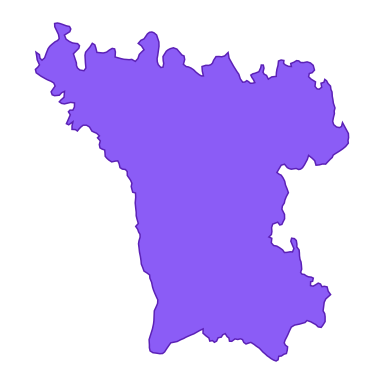 Jaquirana, Rio Grande do Sul, Brazil
{"feature_id": "56859067B17616703483984", "entity_name": "Jaquirana", "entity_type": "district", "adm_level": 2, "iso_a3": "BRA", "parent_name": "Brazil", "parent_adm1": "Rio Grande do Sul", "projection": "equal_earth", "projection_center": [-50.364, -28.959], "detail": "fine", "context": "isolated", "style": "filled", "palette": "violet", "viewbox_px": 384, "rotation_deg": 0, "n_neighbors": 0, "source": "geoboundaries", "source_scale": "gbopen_adm2", "svg_char_len": 5739}
<svg xmlns="http://www.w3.org/2000/svg" viewBox="0 0 384 384"><path d="M36.0,52.2L36.7,56.1L37.2,59.8L39.5,64.9L37.8,67.2L35.4,69.4L36.2,72.8L41.0,76.2L46.3,79.2L48.4,80.2L50.9,81.2L53.8,83.0L55.1,86.1L53.3,88.6L51.1,91.8L52.2,94.8L54.6,95.7L59.4,95.2L61.7,92.7L64.5,91.4L64.0,97.3L61.2,99.7L59.3,101.8L61.6,103.4L64.4,103.9L70.6,102.4L74.5,102.9L74.4,107.1L72.8,110.2L70.0,110.1L68.4,111.8L70.3,114.8L67.8,120.6L66.4,123.7L68.7,124.8L72.9,121.8L72.0,126.0L72.0,129.4L75.4,129.6L77.4,131.0L78.9,129.1L81.0,126.9L83.2,125.2L86.5,125.2L89.5,127.0L91.9,131.1L93.9,132.1L96.7,133.3L99.4,135.9L97.5,137.8L100.3,140.9L99.3,144.6L100.0,147.9L102.1,149.1L104.7,150.0L105.0,153.0L105.2,156.3L106.9,158.3L108.8,160.0L111.7,161.9L115.3,161.1L117.8,160.9L119.1,163.6L120.0,167.6L122.3,169.1L125.4,169.5L127.2,171.5L127.3,175.5L130.5,180.1L131.9,183.3L131.2,186.5L131.9,189.3L132.7,192.2L135.5,193.0L135.7,197.4L135.2,202.9L135.7,208.0L136.2,212.3L136.2,215.8L136.9,218.7L138.3,223.5L135.7,226.4L137.7,229.3L138.6,232.0L140.0,234.3L140.1,237.1L139.0,240.8L138.5,243.8L139.0,247.5L139.5,252.1L140.4,256.6L141.0,260.6L141.3,264.1L142.5,267.0L144.0,271.1L147.0,273.0L149.6,274.9L149.9,278.2L151.6,282.3L152.6,287.2L153.5,290.0L154.7,293.0L156.5,297.1L157.8,299.8L157.6,303.4L156.6,305.8L154.3,310.8L153.9,320.8L153.5,324.0L152.4,329.1L150.0,336.7L149.1,339.6L149.4,344.9L149.4,347.8L150.1,350.9L152.9,352.7L156.2,353.1L159.8,353.7L162.6,353.5L164.6,351.9L166.8,348.5L169.0,345.3L170.8,342.8L173.9,342.2L177.2,341.5L180.7,339.7L183.8,338.4L185.7,337.3L187.9,336.3L191.1,334.9L193.9,333.8L196.0,332.6L199.5,330.6L203.1,328.9L203.0,333.2L205.9,335.8L208.9,338.0L209.8,341.1L212.5,340.6L214.4,342.3L216.6,341.1L218.1,337.8L221.3,337.1L222.7,334.8L225.2,333.6L227.1,336.6L228.9,338.0L229.5,341.2L231.8,341.3L235.0,338.9L237.8,339.5L240.4,338.8L242.5,339.6L243.8,342.4L246.0,344.0L248.7,343.0L250.9,342.4L254.1,344.4L256.1,346.0L259.4,348.2L262.9,352.0L265.5,354.2L267.2,355.8L269.1,357.1L271.2,358.7L273.7,360.1L276.1,361.0L278.1,359.8L278.7,356.3L281.4,356.0L284.0,354.2L286.4,353.5L287.3,350.0L287.6,346.8L285.4,345.2L284.2,342.9L285.0,340.3L286.5,337.4L288.0,334.3L289.5,330.8L291.3,327.1L294.6,325.1L299.5,324.1L305.1,322.5L307.0,320.5L310.8,321.8L313.6,323.4L315.7,324.5L318.2,326.9L321.2,327.4L323.0,325.0L325.1,321.6L325.1,316.7L324.7,313.7L323.1,310.9L323.7,306.2L324.2,302.3L325.8,298.9L328.3,296.7L330.6,294.6L328.2,291.2L327.1,286.9L324.4,286.3L321.9,286.7L320.5,284.0L318.2,283.1L315.6,284.8L313.1,286.2L310.5,285.6L310.6,281.8L312.6,281.3L313.3,278.1L311.2,277.1L308.4,276.8L306.2,275.8L304.2,274.4L302.1,274.2L300.6,272.4L301.7,269.2L301.4,265.1L301.0,261.9L300.0,259.4L299.5,255.9L299.4,252.9L299.1,250.0L296.8,246.9L296.9,244.2L296.3,240.5L294.4,238.6L291.6,238.2L290.8,241.2L292.2,244.6L293.9,248.5L292.5,251.9L290.2,251.8L286.8,252.4L284.4,252.5L282.6,249.9L279.7,247.8L276.8,246.1L273.6,245.5L271.3,242.8L271.8,238.3L268.9,237.0L271.4,234.5L271.9,231.5L271.6,227.6L272.7,224.1L277.7,222.2L279.8,225.0L281.9,224.4L283.0,222.0L284.6,218.8L284.5,214.4L283.0,211.4L281.9,209.2L282.4,206.0L284.3,203.0L284.9,200.1L286.3,196.6L288.4,192.7L287.0,188.7L285.5,185.1L284.7,181.2L283.1,178.0L281.2,175.2L279.3,174.3L276.9,172.5L278.8,169.2L281.2,165.2L284.5,164.2L287.3,167.6L289.1,168.6L291.3,169.2L293.8,168.8L296.2,168.5L298.7,169.5L300.6,169.1L302.5,167.7L304.5,164.7L306.0,161.9L307.3,159.5L308.6,155.4L312.1,158.2L314.7,160.7L316.0,165.2L319.2,164.9L322.6,164.0L325.7,164.1L328.3,161.3L330.3,159.2L332.2,157.5L333.2,155.1L335.1,153.8L338.2,151.9L340.5,150.4L342.8,148.8L345.6,146.5L348.3,143.2L348.0,140.5L348.6,137.7L348.4,133.5L342.5,122.6L341.5,126.5L339.5,127.6L336.5,127.0L333.7,124.6L332.7,121.4L333.5,117.2L334.4,113.7L334.2,111.0L335.0,108.0L333.4,103.2L332.9,99.7L332.3,96.4L332.0,91.9L330.9,89.4L330.5,86.1L328.0,83.5L326.6,80.8L324.8,79.4L323.9,82.3L321.0,83.2L321.7,87.2L319.2,89.2L317.1,88.9L315.0,86.4L315.5,81.8L311.2,79.2L308.6,76.7L309.3,73.5L312.2,72.7L314.5,70.1L313.2,65.3L310.4,62.9L307.1,61.9L303.6,62.6L300.6,62.5L298.8,60.9L296.6,60.6L294.0,62.2L290.7,63.5L291.4,66.5L288.4,66.3L285.3,64.9L283.6,63.4L283.9,60.5L281.1,60.0L278.5,61.0L278.0,65.4L276.9,69.4L276.4,72.6L276.2,76.4L274.1,76.6L271.7,76.9L268.3,79.1L266.5,75.4L264.2,74.2L263.0,72.2L264.0,68.2L263.3,65.1L261.3,65.0L260.7,67.8L258.9,71.7L255.2,73.2L252.8,73.8L250.8,75.1L251.9,77.4L253.5,79.8L254.8,82.6L252.7,83.2L250.4,83.3L248.6,81.7L246.8,80.6L244.9,82.0L242.7,82.2L240.3,78.9L238.8,74.2L237.0,71.7L233.5,66.1L229.1,58.2L228.1,52.5L224.7,55.9L221.7,56.8L219.0,56.5L216.0,56.6L213.6,60.3L212.5,63.1L210.8,64.7L208.6,65.4L205.9,65.3L202.0,66.5L202.3,71.1L203.4,75.9L201.3,75.9L199.2,74.7L196.0,72.2L193.6,69.8L190.9,68.0L188.3,66.9L186.2,66.6L183.4,64.3L184.7,59.5L184.0,55.9L182.0,55.1L176.9,49.1L173.4,47.8L170.2,48.7L168.1,49.8L166.3,51.2L163.0,56.5L163.2,60.7L163.7,63.4L163.0,67.1L160.8,67.5L158.3,64.7L157.3,61.9L157.1,58.7L157.7,55.5L159.0,46.3L158.9,42.0L156.6,35.0L154.0,32.8L151.9,32.0L149.5,32.3L147.5,33.8L144.0,38.9L140.9,40.3L138.2,43.4L141.5,45.9L144.0,49.8L141.4,52.2L139.3,54.4L137.9,58.6L135.3,61.4L131.8,59.4L129.2,59.7L126.8,59.5L124.0,59.3L121.3,58.7L115.1,57.0L115.4,51.9L114.6,48.9L112.2,48.4L109.4,50.0L106.5,52.2L103.2,53.0L96.9,52.4L95.8,47.8L94.8,44.8L92.3,43.3L90.0,47.0L85.6,52.2L85.0,55.2L85.4,62.7L85.9,68.0L84.0,70.7L79.8,70.0L77.5,68.0L76.5,65.6L76.4,62.9L73.4,53.8L78.8,48.3L79.5,45.7L77.6,43.6L74.8,43.3L72.4,42.9L69.4,41.5L66.1,39.2L64.4,35.1L69.8,31.7L70.8,29.0L69.5,26.5L66.3,25.8L62.8,24.5L59.9,23.5L57.4,23.0L54.6,23.5L54.8,26.8L58.5,34.5L59.2,38.6L57.5,40.6L55.2,41.7L51.6,44.6L49.7,46.4L48.1,48.7L46.4,52.9L44.6,57.9L42.0,60.2L40.0,58.2L39.4,54.6L36.0,52.2Z" fill="#8b5cf6" stroke="#5b21b6" stroke-width="1.5"/></svg>